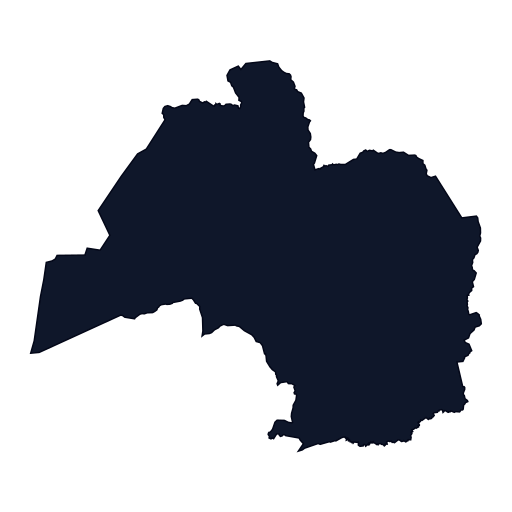 the district of Twifo Atti-morkwa, Central, Ghana
{"feature_id": "2480657B2289284937660", "entity_name": "Twifo Atti-morkwa", "entity_type": "district", "adm_level": 2, "iso_a3": "GHA", "parent_name": "Ghana", "parent_adm1": "Central", "projection": "orthographic", "projection_center": [-1.532, 5.68], "detail": "fine", "context": "isolated", "style": "filled", "palette": "ink", "viewbox_px": 512, "rotation_deg": 0, "n_neighbors": 0, "source": "geoboundaries", "source_scale": "gbopen_adm2", "svg_char_len": 6087}
<svg xmlns="http://www.w3.org/2000/svg" viewBox="0 0 512 512"><path d="M269.1,438.0L271.0,438.9L272.1,438.0L273.6,438.7L276.6,434.0L278.3,433.8L279.3,434.1L279.1,434.8L280.4,436.4L282.1,435.9L283.3,434.6L284.6,434.7L285.6,435.6L299.1,438.0L300.3,440.2L303.4,443.7L298.4,451.1L302.3,449.9L304.6,448.2L318.1,443.5L320.2,444.3L329.3,441.7L330.4,442.1L334.7,440.7L335.9,440.9L341.6,437.7L343.3,437.1L345.4,437.0L346.3,437.5L345.7,437.3L345.3,437.8L346.5,438.9L346.3,440.2L347.7,439.6L347.2,438.1L347.7,437.9L348.7,439.1L348.6,440.3L349.2,440.0L349.1,440.8L349.8,440.6L350.2,441.9L351.4,441.8L351.9,442.6L352.6,442.2L353.1,443.2L354.1,442.0L357.6,442.4L358.2,442.0L358.8,443.5L358.3,443.9L358.4,445.2L360.0,446.3L363.2,445.9L363.5,444.6L364.7,444.4L365.7,446.2L367.7,444.3L368.1,444.9L368.8,444.9L368.9,442.9L369.6,442.8L369.9,443.5L370.8,442.0L371.2,442.5L372.9,441.8L372.4,442.9L374.1,442.7L376.9,444.6L377.5,444.1L378.1,444.7L378.6,443.8L381.0,443.6L381.4,444.3L383.2,444.6L384.3,445.9L385.3,445.0L385.2,444.2L387.2,444.1L386.6,441.9L388.4,441.0L389.9,441.6L391.2,441.1L392.2,442.4L392.9,442.1L394.5,442.7L398.2,439.8L399.7,440.1L401.4,441.5L403.2,441.2L403.8,440.6L405.7,441.9L406.9,441.3L407.4,440.4L408.0,440.6L408.3,439.7L410.7,439.8L411.1,437.4L410.6,435.5L411.9,433.6L411.3,432.6L412.7,431.6L412.4,431.1L411.8,431.3L412.2,430.7L411.9,429.6L413.6,429.3L415.3,427.7L416.1,428.2L418.5,426.9L418.1,425.9L419.3,425.5L419.4,424.9L418.0,422.4L418.4,421.9L418.9,422.6L420.5,421.3L420.6,420.0L422.0,420.4L426.0,417.5L428.3,419.4L429.3,418.3L429.8,418.9L431.6,418.4L431.9,417.2L432.8,417.1L434.2,415.5L433.2,413.6L434.2,412.7L437.4,412.3L438.0,411.1L439.0,410.9L438.9,410.4L439.7,410.0L441.4,409.6L442.5,410.2L443.0,412.4L444.0,411.5L444.3,410.6L445.4,410.6L447.4,411.9L447.8,411.6L448.2,412.3L448.8,412.2L449.0,411.6L450.4,411.7L450.8,410.9L454.3,412.3L455.7,411.6L459.6,411.9L461.1,409.9L462.6,409.9L463.2,409.1L463.6,405.1L465.0,403.7L465.3,402.7L467.8,401.6L467.4,400.5L465.0,398.7L464.3,395.5L463.4,394.6L463.3,393.0L464.7,389.4L464.7,387.5L464.1,386.7L462.7,386.6L456.9,362.0L462.9,361.4L464.6,357.9L464.6,356.8L468.0,355.3L468.9,353.4L469.8,352.9L469.8,352.0L471.7,350.7L469.0,344.2L465.2,342.5L464.1,340.1L468.5,337.9L470.0,333.6L474.0,330.0L475.1,327.1L479.3,325.8L481.3,323.8L480.7,319.3L479.1,315.8L479.3,315.0L477.6,313.5L476.2,312.6L469.7,314.8L468.8,314.3L468.2,311.0L467.6,310.1L467.9,307.6L467.0,305.7L467.4,304.6L467.1,302.0L467.8,301.1L466.8,299.3L467.4,298.1L467.2,295.4L468.8,295.2L468.5,294.1L469.4,292.5L471.7,290.5L471.6,288.1L473.5,286.7L472.3,281.7L474.3,279.4L476.2,273.0L474.1,270.7L473.3,270.7L472.4,269.2L472.2,267.3L471.5,265.7L472.7,262.5L472.4,259.6L473.9,257.9L475.0,254.6L476.7,253.8L477.8,252.3L478.3,250.4L477.1,247.2L480.5,241.0L480.6,238.0L479.7,236.0L480.5,233.0L480.4,228.0L478.1,221.6L477.7,217.9L476.4,216.1L461.8,217.9L435.5,176.2L431.0,177.6L427.2,175.8L426.2,173.9L426.9,170.2L425.9,168.8L424.8,165.2L422.9,163.7L422.9,160.5L418.6,158.5L416.5,157.0L415.9,155.6L414.8,155.1L408.5,155.4L403.5,152.2L399.2,152.6L395.8,152.1L390.9,149.7L389.5,149.7L385.6,152.4L382.9,153.4L380.8,152.8L378.8,153.4L377.6,153.2L373.3,150.2L372.5,150.9L369.5,150.3L367.2,151.4L365.7,150.0L363.8,150.9L362.7,152.3L360.2,153.2L356.7,159.1L353.5,159.4L345.3,164.5L340.8,164.5L338.9,164.0L337.6,164.6L336.2,164.3L334.1,164.8L333.0,164.7L332.6,164.0L331.8,164.8L328.8,165.1L328.1,166.4L325.9,165.7L325.0,166.3L324.0,165.4L323.3,166.8L320.6,168.3L320.5,168.9L319.2,169.2L319.0,168.6L318.4,168.7L315.0,169.9L313.4,164.3L314.4,163.1L316.7,155.6L314.8,153.2L311.5,151.3L310.6,148.9L308.9,147.2L308.5,142.2L310.5,139.6L310.8,137.0L310.3,133.5L308.0,130.0L307.8,127.0L309.5,121.9L310.4,120.8L309.5,119.9L307.7,119.5L305.8,118.0L303.7,117.3L303.0,115.8L303.2,112.8L303.9,111.2L303.8,108.3L304.6,107.3L303.5,101.9L304.0,98.0L301.3,93.1L297.6,91.6L296.6,89.8L295.3,89.5L294.3,88.7L295.0,86.3L293.4,82.1L290.7,79.7L291.0,76.7L290.5,75.1L289.2,73.8L286.3,73.5L283.9,72.3L281.6,70.6L278.8,67.1L277.6,63.8L272.1,62.4L269.8,60.9L245.9,63.5L240.9,69.5L238.3,66.1L230.0,69.9L227.0,75.4L228.0,80.9L230.6,82.3L231.8,85.8L233.4,87.1L235.6,92.9L239.1,97.4L238.9,100.3L241.5,101.6L241.6,103.0L240.6,105.0L240.8,106.4L239.8,108.4L238.5,108.3L237.9,105.8L234.5,105.0L232.8,105.7L231.4,104.4L230.0,104.0L226.0,104.3L225.3,105.2L223.4,106.1L220.2,105.4L220.1,103.9L219.4,103.4L216.8,104.4L215.9,103.6L215.8,104.4L214.6,105.1L214.6,106.0L213.2,105.9L206.3,101.3L205.4,102.2L204.4,101.8L202.8,103.0L199.5,101.4L198.7,99.7L197.6,99.2L192.2,99.6L189.3,104.1L186.3,105.7L182.2,105.4L174.8,108.2L171.9,107.6L170.5,106.6L167.7,105.7L164.9,106.5L163.3,108.4L162.2,113.3L163.7,114.6L163.8,117.5L165.1,119.7L146.3,149.1L137.6,153.9L121.4,176.1L98.2,210.6L109.9,235.3L100.1,250.2L87.2,248.2L84.9,255.1L57.1,255.4L55.3,259.0L52.2,260.9L46.3,262.4L43.8,279.7L40.5,296.5L34.2,340.9L30.7,353.2L39.2,352.4L120.5,315.2L122.4,315.4L124.8,317.2L134.6,318.8L135.2,317.7L139.9,314.2L142.0,313.6L144.4,313.8L147.1,312.8L152.6,312.6L154.6,311.5L156.8,309.9L157.6,307.7L158.7,307.0L159.4,305.8L161.3,304.7L165.6,304.0L166.9,304.4L169.9,304.2L172.3,303.3L172.8,302.5L180.2,301.1L182.6,300.2L184.3,298.9L191.8,298.2L193.4,299.8L195.5,303.2L196.5,303.3L199.8,306.5L199.7,309.1L202.5,317.6L202.9,331.0L202.1,336.0L204.6,334.0L209.4,333.5L211.6,332.6L214.5,329.8L218.4,327.8L219.9,326.1L223.1,324.5L224.2,324.4L227.6,325.6L235.5,325.1L236.3,325.8L239.4,326.5L244.4,330.7L251.7,334.7L254.2,337.4L256.2,341.5L260.2,342.6L262.5,345.7L264.5,353.6L265.4,353.6L265.1,354.2L266.0,355.3L266.6,361.3L270.0,366.9L272.4,369.7L275.5,371.8L275.8,374.4L276.6,375.2L276.5,376.7L278.3,380.8L277.1,383.7L277.7,385.2L280.6,382.6L286.5,381.7L287.3,382.0L288.4,383.6L291.9,383.7L294.9,385.5L293.9,387.1L295.2,390.9L294.1,392.6L294.5,393.9L295.8,393.9L296.6,395.3L295.9,400.3L293.2,405.2L293.1,407.9L291.6,413.2L291.3,416.5L292.6,422.4L291.8,422.9L288.2,422.3L284.4,420.4L277.1,420.2L275.0,422.2L272.7,428.9L271.7,430.5L270.0,432.3L268.9,432.4L268.4,433.3L268.2,434.6L269.4,436.1L269.1,438.0Z" fill="#0f172a" stroke="#020617" stroke-width="1.5"/></svg>